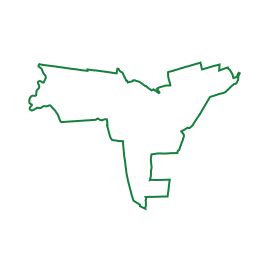 Mastacani, Galati, Romania (orthographic projection), rotated 189°
{"feature_id": "2599482B23986307623685", "entity_name": "Mastacani", "entity_type": "district", "adm_level": 2, "iso_a3": "ROU", "parent_name": "Romania", "parent_adm1": "Galati", "projection": "orthographic", "projection_center": [28.041, 45.785], "detail": "fine", "context": "isolated", "style": "outline", "palette": "green", "viewbox_px": 256, "rotation_deg": 189, "n_neighbors": 0, "source": "geoboundaries", "source_scale": "gbopen_adm2", "svg_char_len": 5746}
<svg xmlns="http://www.w3.org/2000/svg" viewBox="0 0 256 256"><g transform="rotate(189 128 128)"><path d="M225.5,177.2L226.1,176.0L226.1,175.6L226.1,175.2L226.0,174.8L225.3,174.4L224.6,174.1L222.9,173.1L222.3,172.6L222.1,172.3L220.9,170.0L220.4,169.3L219.1,167.9L218.2,167.2L217.7,166.6L217.5,166.1L217.2,165.5L217.1,164.7L217.1,164.3L217.3,163.5L217.5,162.8L217.9,161.7L218.2,160.2L218.4,159.8L218.7,159.6L219.1,159.5L219.5,159.6L220.9,160.3L221.6,160.5L222.0,160.6L223.1,160.4L223.4,160.1L223.9,159.7L224.1,159.2L224.1,158.8L224.0,158.5L223.6,157.7L222.7,156.5L222.3,155.5L222.0,154.7L222.1,154.3L222.2,153.6L222.6,152.9L223.4,151.9L223.8,151.2L223.9,150.8L224.1,150.4L224.1,149.2L224.1,148.5L223.9,147.6L223.8,146.5L223.9,145.9L224.1,145.6L224.6,145.4L225.0,145.2L227.2,145.0L227.8,144.8L228.4,144.3L229.6,142.4L229.8,140.4L229.5,137.8L229.2,137.2L228.7,136.9L227.9,136.5L227.1,136.3L226.7,136.1L226.5,135.7L226.6,135.3L226.7,134.9L227.1,134.5L227.5,133.9L227.8,133.3L228.1,132.7L228.1,131.9L228.0,131.5L227.5,130.9L226.3,130.3L226.0,130.2L225.7,130.2L224.5,130.9L223.4,131.8L222.8,132.1L221.2,133.6L220.9,133.8L220.4,133.9L220.0,133.9L219.4,133.8L218.7,133.8L218.1,133.9L217.6,134.0L216.5,134.8L215.5,135.9L215.0,136.2L214.5,136.4L214.0,136.5L212.1,136.6L211.7,136.6L211.2,136.9L210.6,137.2L210.1,137.6L209.4,137.9L208.9,138.1L208.5,138.2L208.2,138.1L207.7,137.8L207.3,137.5L207.0,137.2L206.5,136.7L205.2,135.6L203.4,134.3L202.7,133.7L201.3,132.2L199.9,130.8L199.4,130.2L198.9,129.3L197.7,127.4L196.9,125.6L196.2,124.5L196.0,124.4L195.6,124.1L195.3,123.8L194.7,123.3L193.9,123.6L192.2,124.0L162.2,130.8L161.6,130.9L161.1,131.2L159.7,132.4L159.3,132.6L159.1,132.5L156.9,131.7L156.3,131.6L155.8,131.5L155.1,131.5L154.9,131.5L154.7,131.6L153.7,132.3L153.0,132.7L152.6,132.9L151.6,133.1L150.3,133.3L149.3,130.2L148.8,127.7L149.2,127.6L148.1,125.1L145.5,119.2L144.0,116.0L141.8,113.6L136.7,113.8L135.9,113.5L135.5,113.6L135.4,113.5L134.8,113.6L134.5,113.8L134.2,113.8L133.0,113.9L132.0,114.1L130.8,114.1L130.4,111.6L128.9,105.8L128.6,104.6L127.5,100.1L126.6,97.3L126.4,96.9L122.3,82.7L119.5,75.3L114.3,63.4L113.0,60.6L111.2,57.1L104.3,54.1L104.0,52.7L99.4,51.3L98.2,51.0L98.5,51.7L98.5,52.0L98.2,53.7L98.2,54.1L98.2,54.5L98.4,55.2L98.5,56.0L98.7,57.5L98.8,58.1L99.0,58.5L99.3,59.1L99.1,60.1L99.0,61.1L99.1,61.6L99.3,61.9L99.6,62.2L99.8,62.5L99.2,62.6L97.7,63.0L96.4,63.2L95.7,63.5L95.3,63.5L94.8,63.5L90.8,64.2L85.1,65.3L84.3,65.5L78.3,66.5L78.2,66.5L78.4,75.4L78.5,76.0L78.6,78.1L78.6,78.4L78.7,83.5L81.5,83.0L85.6,82.2L92.5,81.0L97.2,80.4L97.9,80.3L98.2,80.1L98.2,80.3L98.2,80.5L98.1,81.9L97.9,83.5L97.9,84.0L98.2,86.6L98.3,87.2L98.5,88.4L98.6,89.3L98.5,91.3L98.5,91.8L98.5,92.6L98.6,93.4L99.2,95.2L99.4,96.0L99.8,97.4L99.9,97.9L100.0,98.5L100.1,99.1L100.4,99.7L100.5,100.2L100.5,101.0L100.7,101.8L100.6,103.2L100.7,103.7L100.7,104.2L100.7,104.5L100.6,105.0L100.6,105.7L97.9,106.4L95.5,107.3L94.1,107.6L92.0,108.0L88.8,108.3L87.8,108.5L83.9,109.3L82.9,109.5L82.0,109.8L79.8,110.2L77.4,110.6L75.3,111.1L75.4,111.5L75.4,112.0L75.3,112.5L75.2,112.8L75.1,113.3L74.2,114.1L74.1,114.3L73.9,115.2L73.8,115.6L73.6,117.0L73.5,117.5L73.4,118.3L73.2,119.0L72.9,120.6L72.7,121.7L72.7,121.8L72.7,122.5L72.5,122.8L72.1,124.1L72.0,124.9L71.9,125.6L71.9,126.1L71.7,126.9L71.5,128.5L71.6,129.4L71.6,129.7L71.7,129.8L71.9,130.0L72.4,130.8L72.7,131.2L72.8,131.3L73.5,131.7L74.5,132.5L74.8,132.8L74.9,133.0L74.7,133.1L73.6,134.0L72.5,134.8L71.4,135.7L71.3,135.8L70.8,136.3L69.0,137.7L68.4,137.5L68.2,137.5L68.0,137.4L67.9,137.4L67.7,137.5L67.3,137.6L67.0,137.8L66.4,138.5L65.3,139.9L65.1,140.0L64.6,140.8L64.5,141.0L64.4,141.3L64.3,141.6L64.1,141.8L64.0,142.3L63.9,142.6L63.5,143.4L63.1,144.4L62.5,145.7L61.5,148.0L60.5,150.0L60.2,150.7L59.0,153.2L58.3,155.1L56.9,158.8L56.0,161.1L54.3,165.3L52.5,169.9L51.9,171.3L51.8,171.5L51.7,171.6L50.9,172.0L49.2,172.8L47.8,173.5L47.3,173.8L46.4,174.3L45.6,174.6L43.5,175.8L39.5,177.4L39.1,177.6L38.1,178.2L37.4,178.8L37.0,179.2L36.8,179.5L35.9,180.8L34.3,182.7L33.8,183.6L31.8,186.1L30.3,187.8L29.9,188.1L28.3,188.7L28.2,188.8L28.0,189.1L27.6,190.2L27.0,192.1L26.7,192.7L27.0,195.2L27.1,195.9L27.0,196.8L26.2,199.5L27.3,199.9L27.8,198.7L28.0,197.4L28.8,195.2L29.5,194.8L30.0,194.8L30.3,194.6L30.7,194.3L31.7,193.8L32.6,195.9L33.3,197.5L33.9,198.1L34.4,198.9L34.9,199.5L35.4,199.8L36.1,200.9L36.4,201.3L37.7,201.9L38.2,202.2L38.9,203.4L42.0,201.8L47.0,199.0L47.5,205.0L49.5,204.1L50.8,203.5L51.8,203.2L64.1,197.4L65.6,201.3L66.7,203.9L67.9,203.2L70.3,202.2L77.1,198.9L80.8,197.3L81.7,196.9L82.3,196.6L82.9,196.2L84.6,195.4L85.6,195.0L87.4,194.1L88.5,193.4L89.8,192.9L90.8,192.5L91.4,192.1L92.8,191.4L96.3,189.9L97.2,189.4L96.7,186.8L96.4,185.1L95.2,182.2L93.7,179.0L92.9,176.9L92.8,176.7L93.0,176.5L94.4,176.4L96.5,176.0L97.2,175.9L97.9,175.6L102.3,173.5L102.5,173.5L104.8,172.1L105.6,171.0L104.6,170.5L104.0,169.6L102.5,168.1L103.1,167.3L108.9,170.2L109.2,169.8L109.4,169.6L109.9,169.2L110.4,168.9L110.5,169.0L111.0,169.1L111.4,169.2L112.2,169.8L112.6,169.9L112.8,170.0L113.1,170.1L114.2,170.7L115.2,171.1L115.8,171.7L116.2,171.9L116.7,172.2L116.8,172.1L117.3,172.1L117.5,172.1L118.5,172.7L119.9,173.4L123.0,175.0L123.8,175.4L124.1,175.4L126.1,175.7L126.9,175.7L127.5,175.8L128.0,176.1L128.4,176.2L129.9,176.0L130.4,175.9L130.7,175.0L135.3,173.0L135.8,174.0L136.1,174.4L136.4,174.3L136.7,174.6L137.0,174.4L137.4,174.9L137.5,175.0L139.2,177.7L139.4,177.6L140.7,179.8L141.9,181.5L142.1,181.8L144.0,182.4L144.7,182.8L145.5,183.7L146.0,184.1L146.5,184.8L147.2,185.0L147.7,185.0L147.8,180.2L150.4,180.1L156.6,180.1L169.3,179.8L170.1,179.6L177.2,179.5L176.9,178.1L184.6,177.8L186.5,177.9L194.6,177.6L204.5,177.5L204.6,177.4L209.0,177.4L221.8,177.0L225.3,177.1L225.5,177.2Z" fill="none" stroke="#15803d" stroke-width="2"/></g></svg>